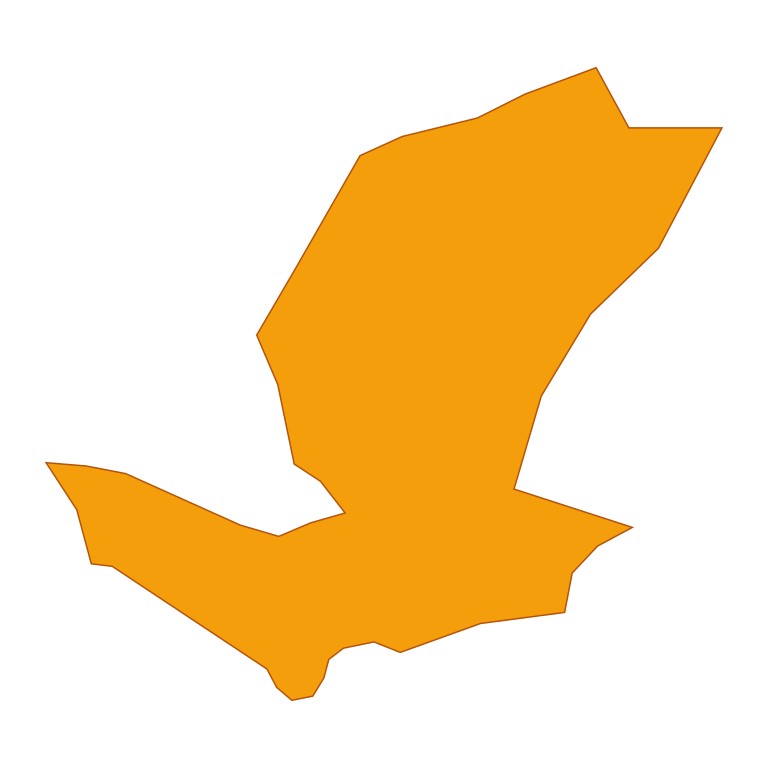 outline of Ibanda
{"feature_id": "UGA-3369", "entity_name": "Ibanda", "entity_type": "County", "adm_level": 1, "iso_a3": "UGA", "parent_name": "Uganda", "parent_adm1": "", "projection": "orthographic", "projection_center": [30.484, -0.063], "detail": "fine", "context": "isolated", "style": "filled", "palette": "amber", "viewbox_px": 768, "rotation_deg": 0, "n_neighbors": 0, "source": "natural_earth", "source_scale": "10m", "svg_char_len": 630}
<svg xmlns="http://www.w3.org/2000/svg" viewBox="0 0 768 768"><path d="M564.6,612.4L480.4,623.5L400.2,652.4L373.9,641.9L343.4,648.2L328.8,659.4L323.9,677.9L312.8,696.1L291.8,700.3L276.7,687.4L266.9,669.0L148.9,590.7L112.2,566.3L91.3,563.8L76.8,509.8L46.1,462.7L86.1,466.0L125.6,473.6L240.2,525.1L278.7,536.4L311.1,522.7L345.1,513.0L320.5,481.3L294.2,464.0L277.8,384.6L256.7,335.1L295.3,268.9L360.1,155.6L402.2,136.5L477.4,118.0L525.3,94.0L596.1,67.7L628.9,127.9L721.9,127.9L658.5,248.2L590.6,314.0L541.3,396.0L514.0,489.1L632.3,527.4L597.6,546.0L572.2,573.0L564.6,612.4Z" fill="#f59e0b" stroke="#b45309" stroke-width="1.5"/></svg>